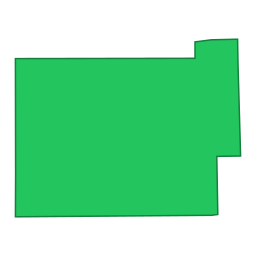 the district of Coles, Illinois, United States of America
{"feature_id": "52423323B20272514660915", "entity_name": "Coles", "entity_type": "district", "adm_level": 2, "iso_a3": "USA", "parent_name": "United States of America", "parent_adm1": "Illinois", "projection": "albers", "projection_center": [-88.152, 39.53], "detail": "fine", "context": "isolated", "style": "filled", "palette": "green", "viewbox_px": 256, "rotation_deg": 0, "n_neighbors": 0, "source": "geoboundaries", "source_scale": "gbopen_adm2", "svg_char_len": 278}
<svg xmlns="http://www.w3.org/2000/svg" viewBox="0 0 256 256"><path d="M15.6,175.4L15.4,216.8L211.5,215.3L217.8,214.5L216.8,156.4L240.6,156.0L238.0,64.1L237.6,39.2L211.4,39.8L195.0,41.9L195.0,58.3L15.4,58.6L15.6,175.4Z" fill="#22c55e" stroke="#15803d" stroke-width="1.5"/></svg>